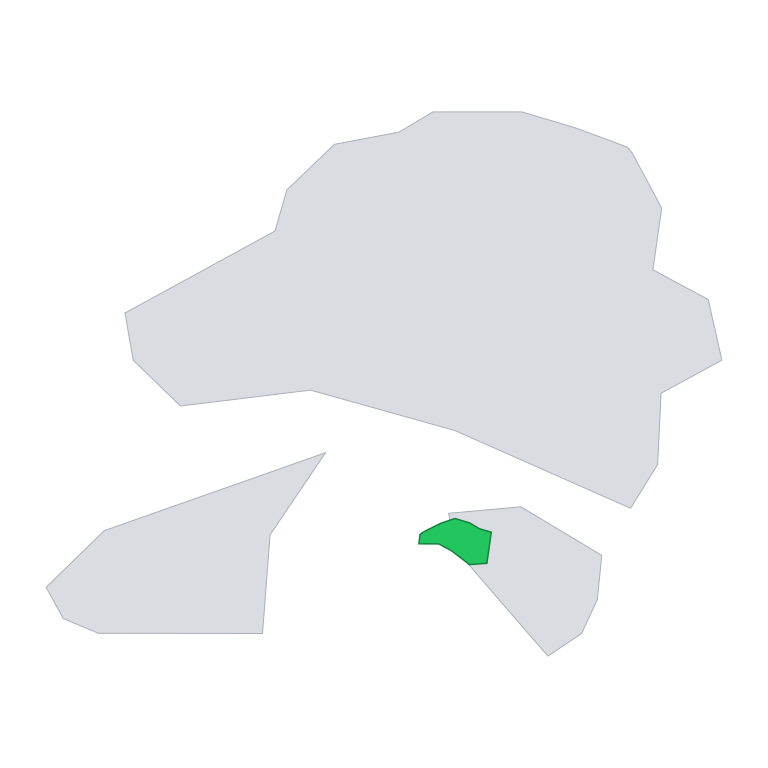 Central and Western highlighted on a map of Hong Kong S.A.R.
{"feature_id": "HKG-5153", "entity_name": "Central and Western", "entity_type": "state/province", "adm_level": 1, "iso_a3": "HKG", "parent_name": "Hong Kong S.A.R.", "parent_adm1": "", "projection": "orthographic", "projection_center": [114.135, 22.273], "detail": "fine", "context": "in_parent", "style": "filled", "palette": "green", "viewbox_px": 768, "rotation_deg": 0, "n_neighbors": 0, "source": "natural_earth", "source_scale": "10m", "svg_char_len": 829}
<svg xmlns="http://www.w3.org/2000/svg" viewBox="0 0 768 768"><path d="M286.9,189.9L290.7,186.2L334.5,144.3L399.0,132.1L432.9,111.9L521.7,111.9L576.1,128.1L627.5,147.2L632.4,153.3L661.7,208.2L652.9,269.8L708.2,299.5L721.9,360.1L661.1,393.2L657.6,464.5L630.5,508.3L455.0,430.6L310.4,390.1L180.4,406.0L133.2,360.2L125.0,313.0L275.0,231.0L286.9,189.9ZM262.5,633.5L98.4,633.3L63.3,618.6L46.1,587.3L104.3,530.6L325.5,452.7L270.1,534.8L262.5,633.5ZM581.6,633.5L547.9,656.1L454.6,548.4L448.7,513.3L520.8,506.8L601.8,555.4L597.3,599.6L581.6,633.5Z" fill="#d9dde1" stroke="#a8b0b8" stroke-width="1"/><path d="M418.9,543.8L420.0,534.5L423.1,532.2L429.6,528.8L441.4,523.0L455.0,518.5L469.8,523.0L479.5,528.8L491.3,532.2L486.9,563.3L469.5,564.6L451.5,550.8L438.7,543.9L418.9,543.8Z" fill="#22c55e" stroke="#15803d" stroke-width="1.5"/></svg>